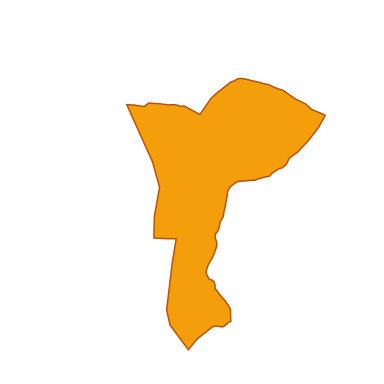 the district of As Salam - SD, Southern Darfur, Sudan, rotated 212°
{"feature_id": "16777658B71256064026626", "entity_name": "As Salam - SD", "entity_type": "district", "adm_level": 2, "iso_a3": "SDN", "parent_name": "Sudan", "parent_adm1": "Southern Darfur", "projection": "robinson", "projection_center": [24.695, 11.734], "detail": "fine", "context": "isolated", "style": "filled", "palette": "amber", "viewbox_px": 384, "rotation_deg": 212, "n_neighbors": 0, "source": "geoboundaries", "source_scale": "gbopen_adm2", "svg_char_len": 1723}
<svg xmlns="http://www.w3.org/2000/svg" viewBox="0 0 384 384"><g transform="rotate(212 192 192)"><path d="M200.0,132.8L189.4,138.6L180.6,144.0L180.0,142.5L177.7,137.0L170.6,120.0L166.8,112.1L164.3,106.7L152.8,82.4L150.9,78.4L140.1,67.5L111.5,56.3L109.8,69.9L103.3,88.4L100.8,90.9L95.5,93.3L93.8,94.6L92.8,97.6L92.7,97.9L92.1,100.8L90.4,102.8L92.6,105.9L94.5,108.8L97.3,113.0L101.2,115.2L107.9,117.8L113.6,119.5L117.5,121.1L121.6,122.5L122.3,124.2L124.7,126.8L126.2,127.8L127.7,127.8L129.6,127.7L131.4,127.2L135.2,129.4L137.5,131.4L138.4,133.7L139.3,137.1L139.7,140.0L139.7,143.2L139.9,146.6L140.5,151.4L141.1,153.8L141.9,157.7L143.5,161.4L145.4,163.2L148.8,166.3L149.9,169.4L149.4,171.9L149.7,174.3L150.4,177.0L151.8,180.3L152.4,182.7L152.3,184.9L152.4,187.3L153.5,190.1L154.8,193.1L155.5,195.4L156.3,198.3L157.4,200.2L160.3,207.6L161.7,210.7L162.4,212.8L162.4,214.7L161.9,218.0L160.0,223.0L158.0,225.8L155.1,228.0L151.5,230.5L147.4,233.7L145.0,235.1L142.4,238.5L139.0,242.5L134.8,246.3L133.9,250.8L130.6,257.8L128.8,259.6L126.8,264.3L126.8,267.0L127.4,272.3L123.5,282.1L120.6,297.0L119.8,304.1L118.9,313.9L119.4,323.5L119.5,326.6L120.0,327.7L124.3,327.1L134.1,325.4L142.4,326.9L153.0,325.7L161.0,326.0L168.7,326.5L173.7,325.1L181.5,323.8L183.8,323.8L187.5,322.2L193.5,320.5L195.3,319.9L199.4,318.4L206.6,316.1L211.1,314.0L213.4,311.9L214.8,309.1L217.6,305.3L223.0,290.2L225.5,281.8L226.0,271.8L226.3,261.9L236.4,261.3L244.3,260.8L246.7,258.7L252.6,257.2L257.8,253.6L266.8,249.4L272.2,246.4L275.8,244.6L277.9,239.1L279.6,238.4L283.9,236.4L286.1,235.6L293.6,231.5L286.1,226.5L276.7,220.2L266.8,213.6L266.3,213.2L241.5,196.7L222.0,178.8L211.0,151.4L200.0,132.8Z" fill="#f59e0b" stroke="#b45309" stroke-width="1.5"/></g></svg>